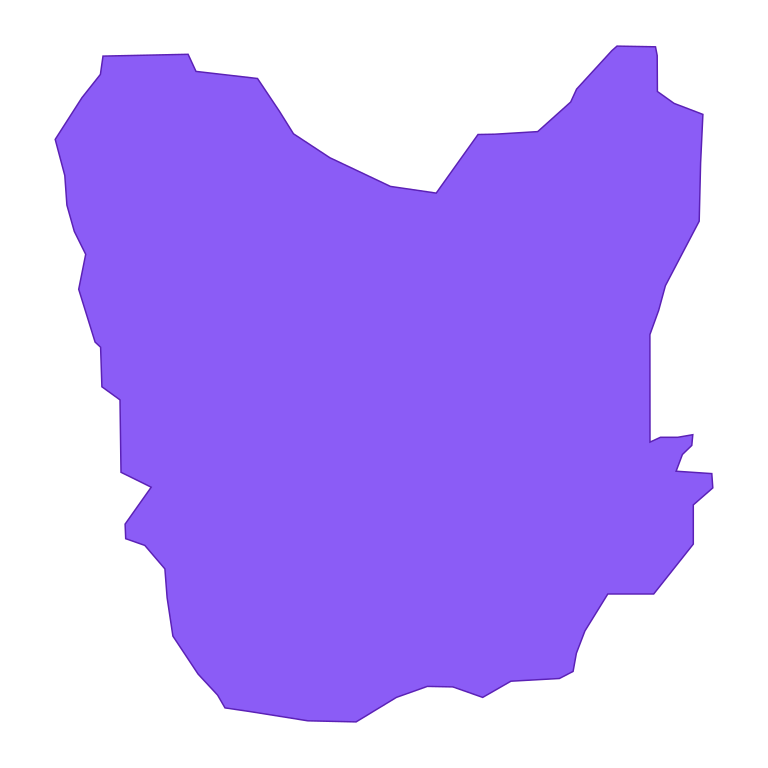 Mayahi, Maradi, Niger (Natural Earth projection)
{"feature_id": "23599985B12759501052009", "entity_name": "Mayahi", "entity_type": "district", "adm_level": 2, "iso_a3": "NER", "parent_name": "Niger", "parent_adm1": "Maradi", "projection": "natural_earth1", "projection_center": [7.671, 14.129], "detail": "fine", "context": "isolated", "style": "filled", "palette": "violet", "viewbox_px": 768, "rotation_deg": 0, "n_neighbors": 0, "source": "geoboundaries", "source_scale": "gbopen_adm2", "svg_char_len": 1024}
<svg xmlns="http://www.w3.org/2000/svg" viewBox="0 0 768 768"><path d="M248.9,711.4L307.7,720.8L356.1,721.9L396.4,697.4L427.3,686.4L452.8,686.9L482.7,697.4L510.9,681.2L559.4,678.5L573.1,671.4L576.4,653.2L584.9,631.0L607.8,594.0L653.7,594.0L693.3,544.1L693.3,504.9L712.8,487.9L711.8,473.6L676.1,471.2L682.4,454.5L691.8,445.4L692.8,434.7L677.7,437.3L660.4,437.3L650.0,442.1L649.9,334.6L658.7,310.3L665.4,285.7L679.7,258.4L699.2,221.2L700.6,163.1L702.9,114.4L674.1,103.4L657.4,91.5L657.2,55.6L655.5,46.8L617.0,46.1L611.9,50.6L576.6,89.1L570.7,102.0L537.7,131.6L494.9,134.2L478.0,134.5L436.2,193.1L390.4,186.4L329.8,157.7L293.5,133.8L279.5,111.4L257.5,78.5L196.0,71.4L188.1,54.3L103.0,56.1L100.4,74.4L82.0,97.6L55.2,139.4L64.8,175.5L66.9,205.1L74.3,231.4L85.7,254.3L78.7,289.3L95.1,342.1L100.6,347.2L101.9,386.8L120.0,399.9L121.0,472.3L151.2,487.2L125.1,524.1L125.7,538.7L144.8,545.4L164.9,568.9L167.1,597.6L172.9,636.1L198.1,674.1L217.6,695.1L225.0,707.9L248.9,711.4Z" fill="#8b5cf6" stroke="#5b21b6" stroke-width="1.5"/></svg>